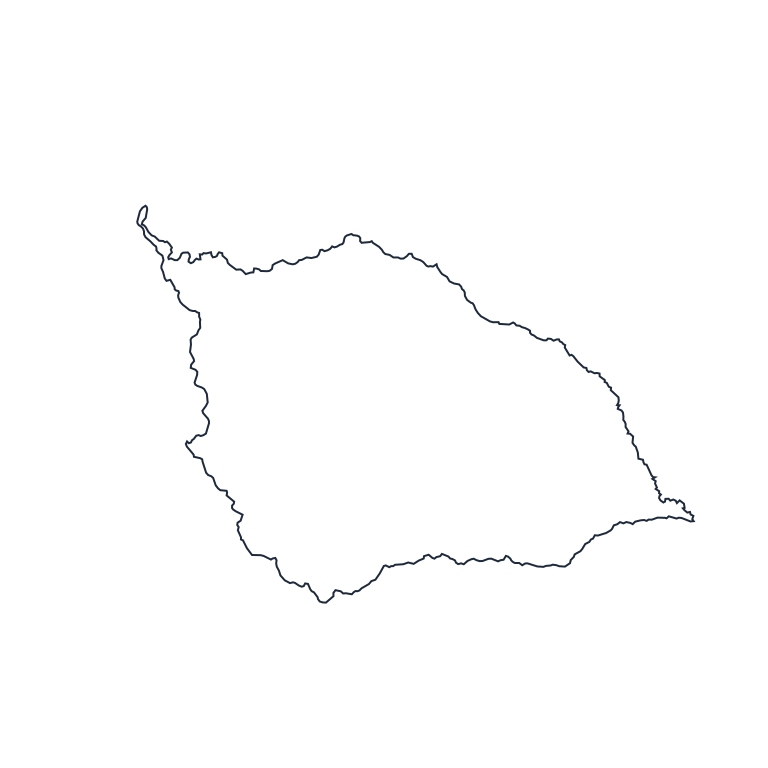 the district of Dois Irmãos do Tocantins, Tocantins, Brazil, rotated 150°
{"feature_id": "56859067B267750606795", "entity_name": "Dois Irmãos do Tocantins", "entity_type": "district", "adm_level": 2, "iso_a3": "BRA", "parent_name": "Brazil", "parent_adm1": "Tocantins", "projection": "albers", "projection_center": [-49.064, -9.333], "detail": "fine", "context": "isolated", "style": "outline", "palette": "slate", "viewbox_px": 768, "rotation_deg": 150, "n_neighbors": 0, "source": "geoboundaries", "source_scale": "gbopen_adm2", "svg_char_len": 6166}
<svg xmlns="http://www.w3.org/2000/svg" viewBox="0 0 768 768"><g transform="rotate(150 384 384)"><path d="M501.0,655.7L501.4,657.6L505.2,657.4L509.0,655.6L516.5,648.0L517.1,646.3L516.9,644.1L515.6,641.7L515.0,639.0L515.5,636.3L517.0,633.4L517.1,630.3L515.0,624.4L513.8,619.5L512.7,617.1L513.2,615.2L514.3,613.5L513.8,610.5L511.7,606.0L513.0,601.5L517.8,597.5L518.9,595.6L519.3,591.6L521.1,585.0L520.8,582.1L517.0,581.1L517.0,572.7L517.9,570.5L517.2,568.8L515.6,567.3L515.9,565.5L517.9,563.8L518.9,561.7L519.4,556.8L518.7,553.5L515.4,545.2L513.3,543.0L511.0,541.6L510.0,539.5L508.6,538.0L510.4,534.8L510.9,531.5L512.3,529.9L515.1,524.5L517.9,523.2L521.3,520.5L527.3,520.3L529.3,519.1L531.5,514.6L536.0,508.7L536.3,500.9L537.0,498.8L541.3,497.2L543.3,494.6L540.1,490.5L539.6,487.9L541.4,485.2L547.3,480.0L547.7,477.8L546.7,475.8L543.4,471.9L542.2,469.4L542.4,464.0L545.9,456.2L549.1,454.1L554.7,451.6L555.2,449.1L553.8,442.0L554.1,439.5L555.2,437.5L563.0,430.1L566.2,430.0L568.7,430.6L570.1,432.4L572.4,433.1L576.3,431.5L578.4,431.3L580.4,429.9L582.6,430.3L583.3,432.7L585.6,431.1L586.0,428.2L584.2,418.0L585.0,416.0L580.3,411.7L579.1,409.7L580.0,407.3L582.4,396.1L581.8,393.1L579.7,390.4L578.9,388.1L580.4,380.4L579.9,376.6L578.9,373.9L573.7,370.2L574.2,368.4L576.0,366.2L572.6,357.0L574.0,355.4L576.3,354.7L577.6,352.6L577.4,350.8L576.1,348.0L571.8,341.5L576.5,337.3L580.1,337.1L581.6,335.3L581.4,332.7L583.7,330.4L584.5,322.7L585.6,320.9L584.3,319.1L584.8,310.4L583.8,301.9L576.5,297.5L574.2,295.3L569.7,288.5L567.8,288.6L565.1,287.7L565.2,285.1L567.1,282.5L568.2,279.4L568.3,275.1L569.4,270.0L568.1,263.6L565.0,258.6L561.9,257.7L560.5,256.2L558.5,252.0L556.6,249.6L554.6,249.1L552.0,250.7L549.8,248.9L550.5,243.0L550.2,240.7L548.8,238.5L548.1,232.6L548.7,230.7L548.4,227.8L546.4,225.6L543.6,223.7L533.9,225.5L532.2,228.4L529.1,229.7L525.1,226.1L524.1,223.0L521.7,221.9L517.0,218.0L514.0,218.9L512.1,218.9L510.6,217.8L508.5,217.5L505.5,218.3L497.1,218.3L493.5,219.6L489.3,218.8L482.5,222.0L475.1,226.5L473.2,226.0L471.0,222.7L468.9,222.7L467.1,221.7L464.8,221.9L457.5,218.3L452.3,217.3L448.2,213.4L442.2,213.7L436.9,213.0L435.4,214.9L430.7,213.8L429.0,209.1L427.6,207.5L425.2,207.9L421.5,206.8L418.8,207.9L414.5,202.4L414.0,199.9L412.1,198.0L410.7,195.6L411.0,193.3L409.8,190.9L407.0,190.2L405.0,188.0L400.2,189.0L396.0,188.6L393.6,187.8L392.1,185.3L389.6,182.7L387.0,181.4L381.0,180.4L378.4,179.1L373.9,173.4L371.1,173.1L368.3,172.0L364.4,174.2L362.8,172.4L361.9,169.5L362.0,167.5L361.3,165.3L360.2,163.6L356.4,161.4L354.9,157.9L351.5,158.0L349.4,156.9L342.4,149.3L337.3,145.9L334.7,145.5L330.4,143.5L328.3,143.2L325.3,140.9L323.4,138.6L318.6,135.4L312.5,135.8L310.4,138.1L306.0,139.4L304.1,141.1L297.5,141.0L294.8,142.0L289.8,144.8L285.2,144.6L282.5,145.9L280.3,145.6L277.1,147.6L274.5,145.8L266.1,143.9L261.1,143.9L259.1,144.4L255.6,146.7L252.1,145.9L248.7,146.4L246.3,143.6L243.2,143.3L240.2,140.6L238.7,138.3L235.3,139.2L229.9,137.6L226.8,136.2L224.9,134.1L222.7,134.3L219.9,132.6L213.9,131.5L207.7,127.7L206.4,126.4L203.5,127.0L197.9,121.2L195.5,120.8L193.3,119.2L187.3,111.7L184.4,110.4L184.6,112.8L182.0,115.1L183.7,117.7L183.0,120.2L185.6,121.0L186.9,124.5L187.3,126.9L185.6,126.4L184.1,130.4L186.2,135.4L189.9,134.4L189.7,137.0L191.2,139.3L194.4,139.8L194.9,142.3L197.7,143.8L199.4,141.7L201.3,141.7L202.8,145.0L202.8,147.7L201.5,149.2L199.5,149.8L200.4,151.9L199.3,153.6L201.2,157.3L199.4,157.9L199.0,162.3L197.3,164.0L199.0,167.6L196.0,167.7L197.5,168.8L198.0,171.1L196.9,182.8L198.6,184.2L198.4,186.6L197.6,188.9L201.0,192.1L198.4,197.9L197.3,203.8L198.0,205.8L198.2,208.8L194.5,214.0L195.8,217.9L197.8,219.3L195.9,220.8L196.3,225.9L194.7,228.6L194.4,230.8L194.7,233.3L192.9,236.1L191.3,239.8L191.6,242.4L194.0,245.6L192.7,246.9L190.7,247.8L192.7,249.2L190.6,250.4L188.9,252.4L187.6,255.3L190.7,265.3L189.2,267.3L190.7,269.3L190.5,273.6L191.9,275.4L190.8,277.0L193.4,282.8L192.1,285.3L194.1,287.1L196.3,288.0L198.7,291.6L200.8,292.1L201.4,294.5L200.7,296.7L202.8,298.5L205.1,306.4L206.1,313.3L207.0,315.5L209.0,315.9L209.2,325.2L207.6,327.1L208.7,328.8L209.1,331.1L210.5,333.1L210.2,335.2L212.4,336.3L215.5,336.7L216.9,339.6L219.4,341.4L221.4,340.6L223.8,341.9L228.5,347.5L229.9,351.1L231.5,353.1L231.9,355.4L230.9,357.1L232.0,359.2L233.9,362.0L236.1,364.2L237.4,366.6L240.1,368.6L240.5,371.1L241.4,372.7L245.8,372.9L254.1,378.4L253.9,380.3L258.6,382.9L260.9,385.2L266.2,394.2L267.2,398.6L267.4,402.9L266.7,407.4L266.9,409.6L268.2,411.1L270.0,415.3L269.9,419.8L268.3,422.9L268.2,425.2L269.0,427.2L268.5,429.8L269.2,432.7L273.1,436.0L275.9,440.1L275.9,445.2L278.7,450.1L279.1,452.6L279.4,458.7L278.6,461.4L282.9,461.2L284.9,462.9L286.8,463.5L288.0,465.0L289.0,469.9L290.5,472.9L293.9,476.6L295.5,479.5L294.9,482.9L297.3,484.3L300.3,483.3L304.4,482.9L307.1,484.4L308.5,486.5L312.6,488.9L314.6,493.0L317.9,495.9L318.7,498.5L318.7,501.2L319.7,505.3L323.1,511.9L323.2,513.8L325.3,514.0L332.8,517.5L333.2,519.8L331.6,522.2L331.8,524.2L333.1,525.9L336.3,528.3L337.2,530.2L341.8,531.2L343.8,531.0L345.3,530.1L348.3,526.8L350.1,526.0L352.4,526.6L356.0,526.5L358.6,527.1L360.1,529.1L362.9,528.0L366.0,528.0L369.1,528.8L370.4,531.2L372.2,531.9L375.9,528.7L378.6,527.8L383.9,529.4L387.7,532.3L393.3,532.6L395.6,533.7L397.6,532.8L400.7,532.5L403.2,533.3L406.7,536.4L409.8,541.9L418.0,542.8L421.0,542.6L423.4,539.7L426.3,539.2L428.8,540.1L434.2,543.5L434.8,545.6L436.6,547.6L438.7,549.0L441.3,546.0L443.6,547.1L448.8,548.3L449.8,552.6L451.0,555.0L454.8,556.9L458.0,564.3L458.7,566.9L457.8,570.3L459.7,575.9L458.7,578.2L461.0,580.5L463.1,579.7L464.5,578.5L466.4,578.4L468.9,579.3L468.9,582.0L468.0,584.6L472.8,586.0L474.9,587.6L476.7,587.0L478.7,588.4L480.6,583.7L482.3,584.5L483.6,586.3L485.7,586.0L488.2,584.9L490.9,585.2L492.1,587.7L490.6,589.7L488.5,591.1L487.6,593.5L488.1,596.0L492.4,598.2L494.3,598.0L497.7,595.4L501.0,594.6L503.2,595.8L505.6,599.2L508.0,599.8L507.5,601.7L505.2,603.0L501.9,604.0L501.4,606.9L499.5,608.2L499.9,612.8L500.8,615.9L502.8,616.3L503.7,618.2L507.1,620.5L508.8,626.3L510.9,628.9L512.0,633.5L511.9,639.1L512.5,641.4L513.9,643.4L511.8,645.4L507.4,646.9L501.7,653.7L501.0,655.7Z" fill="none" stroke="#1e293b" stroke-width="2"/></g></svg>